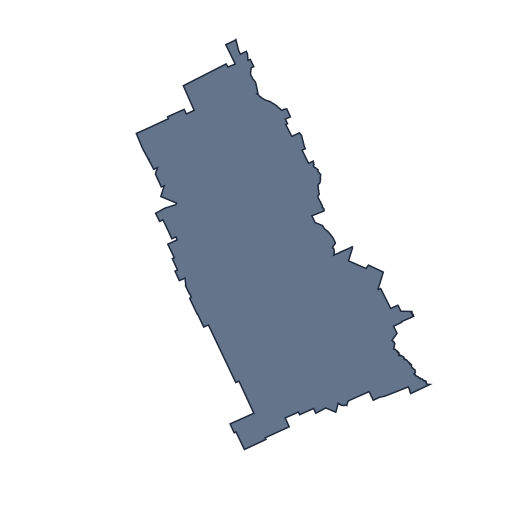 the district of McKinlay, Queensland, Australia, rotated 150°
{"feature_id": "25037944B31801469695154", "entity_name": "McKinlay", "entity_type": "district", "adm_level": 2, "iso_a3": "AUS", "parent_name": "Australia", "parent_adm1": "Queensland", "projection": "natural_earth1", "projection_center": [141.103, -20.594], "detail": "fine", "context": "isolated", "style": "filled", "palette": "slate", "viewbox_px": 512, "rotation_deg": 150, "n_neighbors": 0, "source": "geoboundaries", "source_scale": "gbopen_adm2", "svg_char_len": 5823}
<svg xmlns="http://www.w3.org/2000/svg" viewBox="0 0 512 512"><g transform="rotate(150 256 256)"><path d="M169.6,57.8L169.9,58.0L170.2,58.1L170.7,58.4L172.0,59.8L172.1,60.0L172.1,61.0L171.5,61.9L171.5,62.4L171.7,62.6L171.6,62.9L171.8,63.0L172.1,63.0L172.1,63.6L172.4,63.9L173.0,63.9L173.3,64.2L173.5,64.6L173.5,64.8L173.2,65.4L173.2,65.6L173.5,65.9L173.6,66.5L173.8,66.6L174.8,67.2L174.9,67.4L174.7,67.7L174.7,67.9L174.7,68.1L174.9,68.3L175.6,68.6L175.9,68.9L175.7,69.3L175.8,70.0L176.7,71.1L177.0,71.9L177.4,72.3L177.5,73.0L177.4,73.7L177.5,73.9L177.8,74.0L178.3,74.5L178.2,75.0L176.7,75.3L176.0,75.7L175.9,75.9L175.7,76.7L175.3,77.7L175.3,78.1L175.4,78.5L176.1,79.3L176.2,79.7L176.1,80.1L176.3,80.6L176.7,81.0L176.8,81.3L176.6,82.5L176.2,83.1L176.3,83.6L176.1,83.8L175.8,84.0L175.7,84.2L175.9,84.6L176.1,84.7L176.1,85.2L176.2,85.4L176.4,85.5L176.6,85.2L176.8,85.2L176.9,85.4L176.9,85.7L176.7,86.1L176.5,86.4L176.4,87.0L176.9,87.7L177.2,88.6L177.4,90.0L177.5,90.4L177.7,90.7L177.7,91.0L178.0,91.3L178.3,91.3L178.5,91.8L178.8,91.8L178.9,92.0L178.8,92.4L179.3,92.8L179.3,93.1L179.2,93.2L178.7,93.3L178.7,93.5L178.7,95.0L178.9,95.3L179.2,95.6L179.4,95.6L179.5,95.9L179.5,96.1L179.8,96.9L180.3,97.3L180.5,97.3L180.7,97.5L180.8,98.5L181.1,98.5L181.2,98.2L181.5,98.0L182.0,98.1L182.1,98.4L182.0,98.7L181.2,99.5L180.9,100.0L181.0,100.3L181.2,100.8L180.7,100.8L180.8,101.3L181.2,101.2L181.3,101.5L181.4,102.0L181.1,102.0L181.0,102.4L181.3,103.3L181.9,104.2L181.9,104.7L182.0,105.3L182.4,105.8L182.8,106.0L183.1,106.2L183.2,106.4L183.2,106.6L179.5,110.9L179.6,111.3L179.6,111.6L179.9,112.4L179.9,112.6L179.6,112.7L180.0,113.4L180.0,113.7L180.1,114.0L180.0,114.6L180.2,114.9L180.3,115.0L172.5,118.5L172.0,126.4L163.0,125.7L162.4,126.4L149.8,124.9L149.9,125.2L150.2,125.7L150.2,125.9L149.9,126.0L149.8,125.9L149.9,125.5L149.7,125.5L149.7,126.0L149.3,126.0L149.1,126.3L149.2,126.5L149.4,126.4L149.6,126.6L149.5,126.8L149.3,126.9L149.3,127.1L149.7,127.1L149.9,127.1L149.9,127.3L149.7,127.6L149.8,128.1L149.6,128.3L149.9,128.5L150.0,128.6L149.9,128.9L149.9,129.0L149.7,129.0L149.4,128.7L149.3,128.8L149.2,129.0L149.5,129.3L149.6,129.5L149.3,129.6L149.0,129.4L148.9,129.5L148.7,130.0L158.1,135.7L157.7,142.3L157.8,142.5L165.6,143.2L164.3,165.5L167.0,165.8L167.1,166.0L153.8,178.4L163.2,191.9L164.6,191.2L166.1,190.6L167.1,190.3L178.3,205.6L168.2,214.9L168.1,215.9L171.9,216.1L181.6,217.3L182.3,217.1L187.9,217.9L187.7,218.0L187.4,218.8L187.1,219.0L186.1,220.4L185.4,222.2L185.0,223.6L185.4,224.0L185.4,224.4L185.3,224.6L185.4,225.0L184.8,225.4L184.4,225.9L183.3,226.3L183.1,226.5L181.5,227.0L181.4,227.3L181.2,227.4L180.9,227.4L180.8,227.7L180.7,227.8L180.2,233.6L181.4,241.0L183.0,244.9L183.2,249.1L188.1,255.4L187.5,262.9L174.8,261.0L174.6,261.1L174.1,261.4L174.0,261.6L173.9,262.7L173.5,263.2L173.6,263.5L173.8,263.8L174.0,264.6L174.3,264.7L174.4,264.9L174.3,265.1L173.8,265.3L173.6,265.8L173.3,267.1L173.3,267.7L173.6,268.0L173.6,268.3L173.6,268.7L173.0,269.9L173.0,270.3L173.2,270.6L173.2,271.2L173.3,271.7L173.2,272.3L173.0,273.2L173.2,274.2L173.1,274.6L173.2,275.2L172.9,275.8L172.9,276.2L172.6,276.4L172.2,277.0L171.8,277.3L171.1,277.4L170.6,277.6L170.1,278.3L170.0,279.3L169.2,280.9L168.9,281.4L168.6,282.8L167.6,284.6L167.4,285.6L167.2,286.1L166.8,286.4L166.4,286.4L166.0,286.6L165.5,287.3L165.1,287.4L164.6,287.2L164.3,287.3L163.3,288.1L162.9,289.0L162.5,289.4L161.7,290.0L161.5,290.4L161.5,290.5L161.6,290.8L161.6,291.2L161.0,291.9L160.6,292.2L160.5,292.4L160.5,292.6L160.0,293.3L159.3,293.9L159.3,294.5L159.3,294.8L159.6,295.3L159.7,295.8L159.6,296.4L159.8,296.6L159.8,297.1L160.1,297.5L160.2,297.8L160.1,298.5L159.2,299.3L159.1,299.6L159.4,300.0L159.8,301.3L160.1,301.9L160.2,302.3L160.4,302.7L160.8,303.0L160.9,303.4L161.4,304.1L161.3,304.9L161.4,305.2L161.3,305.4L160.7,305.9L160.5,306.0L160.1,306.0L159.9,306.1L159.8,306.9L159.9,307.2L159.7,308.0L159.4,308.2L159.3,308.4L159.2,309.1L159.0,309.6L164.1,309.9L163.2,324.6L159.6,324.3L159.5,326.3L156.3,337.5L156.8,341.0L165.2,341.7L164.5,355.0L162.5,354.8L162.2,359.9L156.6,359.3L155.8,368.1L158.6,369.1L159.8,368.9L160.0,369.0L160.5,369.0L160.8,369.1L161.5,371.2L162.1,372.5L162.3,373.3L162.5,373.6L163.2,376.3L163.9,377.5L164.2,378.3L165.1,379.7L166.5,382.6L167.7,383.8L167.9,384.2L168.3,384.5L169.6,386.1L170.2,386.7L171.0,388.3L171.5,389.1L172.0,390.1L172.6,391.8L173.2,392.9L173.2,394.1L173.6,395.2L174.0,395.8L173.9,395.8L174.0,396.1L172.9,396.0L169.7,406.0L169.6,408.0L170.2,410.8L169.9,416.2L166.1,421.4L163.2,421.1L162.7,429.2L165.1,429.4L165.1,429.6L162.3,435.3L162.1,438.1L168.7,438.6L168.3,442.7L165.2,453.5L165.6,453.4L168.3,453.3L168.8,453.5L171.9,453.7L172.7,453.6L173.0,453.8L176.5,454.2L178.0,432.6L185.9,433.7L185.8,437.3L233.8,439.8L236.7,413.1L245.3,413.8L244.9,418.9L263.0,420.8L263.2,418.7L285.9,420.7L298.4,422.0L300.5,405.6L300.8,394.0L300.3,393.8L300.3,393.2L300.9,393.3L301.0,387.6L301.3,382.2L297.2,381.8L302.1,377.4L303.5,363.1L300.3,362.7L308.7,355.1L298.4,341.6L299.6,340.5L311.0,343.0L321.6,343.2L322.2,334.2L318.5,333.8L319.5,320.6L320.3,313.0L315.8,312.6L316.3,309.4L326.5,310.4L327.6,295.4L329.8,295.6L331.0,283.1L333.7,283.4L334.7,273.0L328.6,272.3L331.3,266.0L331.5,265.6L331.9,265.6L332.6,256.8L332.2,256.8L332.6,252.8L332.9,252.9L334.1,252.5L334.6,252.5L336.0,235.0L335.6,234.9L336.8,220.6L331.7,220.1L336.8,156.5L333.3,156.1L336.5,120.9L362.4,123.6L363.3,113.8L361.3,113.7L362.8,94.2L339.0,92.2L338.9,94.0L312.6,91.5L311.7,101.2L297.3,99.6L297.6,96.7L282.4,95.2L282.8,89.9L271.6,89.5L265.0,80.8L261.2,84.6L258.0,88.0L258.2,87.4L258.1,86.4L257.8,85.9L257.2,85.3L256.8,84.0L256.3,83.7L255.3,83.3L254.9,82.7L254.5,82.4L253.9,82.4L253.3,82.5L252.5,81.8L252.2,81.1L248.7,84.4L225.8,82.0L226.6,72.4L219.8,71.9L214.1,70.1L189.6,66.5L189.9,63.3L190.6,61.5L190.8,59.5L169.6,57.8Z" fill="#64748b" stroke="#1e293b" stroke-width="1.5"/></g></svg>